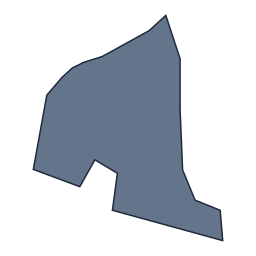 an SVG outline of Saint Paul Capesterre
{"feature_id": "KNA-5107", "entity_name": "Saint Paul Capesterre", "entity_type": "Parish", "adm_level": 1, "iso_a3": "KNA", "parent_name": "Saint Kitts and Nevis", "parent_adm1": "", "projection": "equal_earth", "projection_center": [-62.833, 17.388], "detail": "fine", "context": "isolated", "style": "filled", "palette": "slate", "viewbox_px": 256, "rotation_deg": 0, "n_neighbors": 0, "source": "natural_earth", "source_scale": "10m", "svg_char_len": 344}
<svg xmlns="http://www.w3.org/2000/svg" viewBox="0 0 256 256"><path d="M33.3,169.4L46.8,95.2L61.9,77.5L72.3,68.0L83.8,62.3L102.0,56.6L149.2,30.6L165.8,15.4L180.1,58.8L180.1,109.3L182.6,169.9L195.1,200.2L220.2,210.3L222.7,240.6L112.4,210.3L117.4,173.3L94.9,159.8L79.8,186.7L33.3,169.4Z" fill="#64748b" stroke="#1e293b" stroke-width="1.5"/></svg>